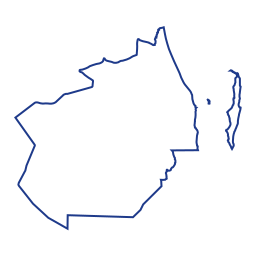 Inhassoro, Inhambane, Mozambique (Equal Earth projection)
{"feature_id": "85939544B58581363474884", "entity_name": "Inhassoro", "entity_type": "district", "adm_level": 2, "iso_a3": "MOZ", "parent_name": "Mozambique", "parent_adm1": "Inhambane", "projection": "equal_earth", "projection_center": [35.058, -21.718], "detail": "fine", "context": "isolated", "style": "outline", "palette": "blue", "viewbox_px": 256, "rotation_deg": 0, "n_neighbors": 0, "source": "geoboundaries", "source_scale": "gbopen_adm2", "svg_char_len": 5795}
<svg xmlns="http://www.w3.org/2000/svg" viewBox="0 0 256 256"><path d="M15.4,117.6L34.7,144.8L34.8,145.2L34.8,145.8L34.6,146.1L26.5,165.6L25.3,170.7L25.1,171.0L24.7,171.7L18.8,182.8L18.5,184.1L18.4,184.4L18.5,185.0L18.7,185.4L19.1,186.1L33.0,203.7L48.3,217.8L67.5,228.7L67.7,215.2L133.0,217.2L140.5,209.9L143.2,204.4L161.5,186.2L161.2,180.9L160.9,179.8L163.0,179.9L165.2,179.7L165.6,179.2L166.4,178.9L166.6,178.8L166.7,178.7L166.7,178.2L166.5,177.3L166.4,176.9L166.6,176.3L166.4,175.6L166.2,174.1L165.9,173.3L165.9,172.8L166.1,172.3L166.6,171.8L166.9,171.4L166.7,170.4L166.8,169.8L167.0,169.7L167.3,169.8L168.2,170.6L168.7,170.7L169.6,170.6L170.6,170.2L170.9,169.6L171.1,168.7L171.5,168.2L172.1,167.5L172.8,167.3L173.3,166.8L173.8,166.1L174.8,164.5L175.1,163.7L174.9,163.1L175.0,162.8L175.4,162.4L175.4,160.6L175.3,160.1L175.2,159.8L174.9,159.5L174.8,159.1L174.9,158.5L174.9,158.0L174.7,157.6L174.3,157.1L173.4,154.6L173.0,152.3L172.9,151.9L172.7,151.4L171.8,150.4L198.0,150.2L197.9,149.8L197.5,149.2L197.5,148.8L197.6,147.1L197.7,146.7L197.7,146.3L197.3,146.1L197.2,145.8L197.0,145.4L197.0,144.9L196.7,143.6L196.5,142.0L197.0,135.7L197.4,133.9L197.5,133.9L197.7,133.0L197.8,132.7L197.8,132.3L197.5,131.0L197.0,129.9L196.3,129.3L196.2,128.8L196.1,128.7L195.9,128.2L195.1,127.8L194.9,127.3L194.8,126.7L194.9,126.0L194.9,125.9L194.8,126.1L194.7,126.0L194.5,125.3L194.6,124.3L194.8,122.9L194.8,121.9L195.0,121.4L194.9,120.0L195.4,117.6L195.5,116.4L195.6,115.2L195.6,113.3L195.5,111.9L195.6,111.4L195.9,110.6L195.9,110.3L195.6,109.4L195.7,108.8L195.7,108.5L195.8,107.9L196.2,107.8L196.3,107.7L195.8,107.6L195.4,107.2L195.3,106.9L195.3,106.6L195.3,106.4L195.5,106.1L195.5,105.9L194.2,104.7L193.5,103.2L192.4,99.2L192.1,94.9L191.8,94.5L190.9,92.2L190.0,90.8L184.8,84.4L183.6,82.5L181.2,77.6L179.7,73.5L179.0,71.9L174.1,61.3L171.1,54.3L168.9,48.9L167.3,43.7L165.9,38.6L165.0,34.3L163.7,27.3L162.2,27.8L160.1,28.1L159.6,28.4L159.3,28.7L159.2,29.6L158.4,29.5L158.2,29.7L158.4,30.4L158.0,31.0L158.0,31.3L158.1,31.5L158.0,31.8L158.0,32.5L157.7,32.6L157.3,32.6L157.2,32.6L157.1,32.8L157.3,33.1L157.3,33.5L157.2,33.6L157.1,34.1L156.9,34.4L157.0,34.7L156.6,35.0L156.5,35.3L156.6,36.3L156.4,36.4L156.4,36.8L156.1,36.6L155.9,36.8L156.1,37.5L155.9,37.9L155.7,38.2L155.2,38.3L155.1,38.8L154.9,39.3L155.0,39.7L155.2,39.9L155.4,40.4L155.6,41.3L155.5,42.1L155.5,42.7L155.4,43.3L154.7,44.0L154.8,44.9L153.7,45.1L153.0,45.0L151.5,44.0L148.9,42.8L148.8,42.6L146.4,42.0L142.8,41.2L139.9,40.2L139.0,39.3L138.7,39.2L138.2,39.1L137.9,39.3L137.6,40.0L137.2,42.3L137.1,44.0L137.2,46.3L137.1,49.2L136.7,54.8L136.4,55.0L133.3,56.1L132.3,56.6L129.7,58.2L126.7,59.5L122.7,60.7L120.9,60.9L119.9,61.3L118.2,62.3L116.1,62.8L114.8,62.8L113.7,62.7L111.7,61.9L108.7,61.2L106.8,60.7L105.8,60.2L105.1,59.5L104.7,58.6L104.4,58.4L103.9,58.4L103.4,59.7L103.2,60.7L102.9,61.3L102.3,61.9L101.8,62.3L100.7,62.9L99.5,63.4L96.4,64.0L93.1,65.0L89.8,66.2L88.0,67.4L85.6,68.5L84.7,68.8L83.3,69.3L82.3,69.6L80.6,69.8L80.0,69.9L79.7,70.1L79.6,70.4L79.6,71.3L79.9,71.6L80.6,72.0L81.8,72.3L83.2,73.4L84.6,74.8L85.4,75.4L85.8,75.7L88.7,77.8L90.4,78.8L92.9,80.5L93.0,81.0L93.0,81.5L92.7,84.1L92.5,86.3L92.3,86.6L91.9,87.0L91.6,87.1L67.4,93.9L65.8,93.9L64.3,94.4L63.4,94.9L63.3,95.1L56.0,101.9L55.7,102.2L54.4,102.9L53.4,103.3L51.8,103.6L51.0,103.7L50.0,103.7L48.1,103.5L45.7,103.4L42.9,103.6L40.5,103.3L38.2,102.6L37.1,102.4L36.3,102.4L35.5,102.5L34.8,102.8L15.4,117.6ZM232.2,70.8L231.3,70.4L230.8,70.3L230.4,70.6L231.1,70.6L231.4,70.8L231.9,71.1L232.6,71.9L233.9,72.4L234.3,72.8L234.6,73.0L235.3,73.1L235.6,73.5L236.3,73.9L236.6,74.3L236.9,75.2L237.0,76.4L236.8,76.9L236.5,77.2L235.5,78.0L235.3,78.5L235.3,80.0L235.4,82.3L235.3,82.7L235.1,83.1L234.5,85.2L234.1,85.7L233.7,86.1L233.3,86.9L233.3,87.2L233.4,88.2L233.7,89.0L233.7,90.1L234.3,93.8L234.3,94.7L234.2,95.9L234.4,97.5L234.4,98.0L234.2,98.3L233.8,98.2L233.6,98.2L233.5,98.5L233.4,99.1L233.4,99.8L233.7,101.3L233.7,103.6L233.4,104.1L233.3,104.8L232.8,105.2L232.3,106.6L231.7,107.9L230.8,108.8L228.3,111.0L228.0,111.5L227.3,112.0L227.2,112.2L227.7,112.7L227.9,113.3L227.8,113.9L228.2,114.6L228.3,115.2L228.8,115.7L228.9,116.0L229.1,117.0L229.4,117.5L229.4,118.1L229.7,118.7L229.6,119.6L229.8,120.0L229.8,120.8L229.9,121.4L230.4,122.7L230.5,123.6L230.5,124.5L230.2,125.4L229.3,127.1L227.7,129.2L226.9,129.8L226.4,129.8L226.1,130.3L226.0,130.6L226.3,131.2L226.7,131.5L227.2,132.2L227.6,133.0L228.0,134.4L228.0,134.9L227.9,135.6L228.0,136.0L228.3,136.4L228.5,137.8L228.7,138.3L228.7,138.6L228.5,138.9L228.6,139.4L228.5,139.7L228.3,139.9L227.9,140.1L227.8,140.4L227.9,140.8L228.3,141.4L228.4,142.1L229.1,142.8L229.5,143.6L229.6,144.2L229.9,144.8L230.4,145.5L231.0,146.8L231.3,147.8L232.0,149.0L232.5,148.1L232.8,147.4L233.5,146.2L233.7,145.6L233.7,144.8L233.6,144.2L233.5,143.8L233.2,143.3L233.0,142.5L232.9,141.6L233.0,139.5L233.1,138.6L233.2,136.9L233.4,135.6L233.8,133.7L234.2,132.6L234.4,131.6L235.0,130.8L235.2,130.3L235.4,129.4L235.6,129.1L236.1,128.0L236.8,126.1L237.8,123.7L237.9,122.2L237.9,120.9L238.3,118.3L239.0,115.0L239.0,114.5L240.3,109.8L240.5,108.6L240.6,108.0L240.6,107.5L240.4,107.4L239.8,107.6L239.1,106.7L238.7,105.7L238.6,104.7L238.7,103.8L239.3,101.7L239.3,101.0L239.3,100.5L239.9,98.6L239.5,96.8L239.5,94.7L239.8,93.1L239.9,92.0L240.4,88.1L240.6,87.0L240.6,86.5L240.2,86.2L239.9,85.5L239.9,83.1L239.9,81.2L239.9,80.0L239.9,78.8L239.8,78.3L239.1,77.3L238.6,76.4L237.9,73.6L237.5,73.3L237.2,73.1L236.8,73.2L236.5,73.4L236.1,73.4L234.7,72.5L233.1,71.7L232.2,70.8ZM209.5,103.6L209.4,103.0L209.6,101.3L209.5,101.0L208.8,100.2L207.8,99.6L207.7,99.7L207.9,100.0L208.0,100.5L208.5,100.7L208.8,101.0L209.0,101.2L209.1,101.6L209.1,101.8L208.8,102.1L208.8,102.6L208.6,103.0L208.6,103.4L209.0,103.4L209.1,103.7L209.3,103.7L209.5,103.6Z" fill="none" stroke="#1e3a8a" stroke-width="2"/></svg>